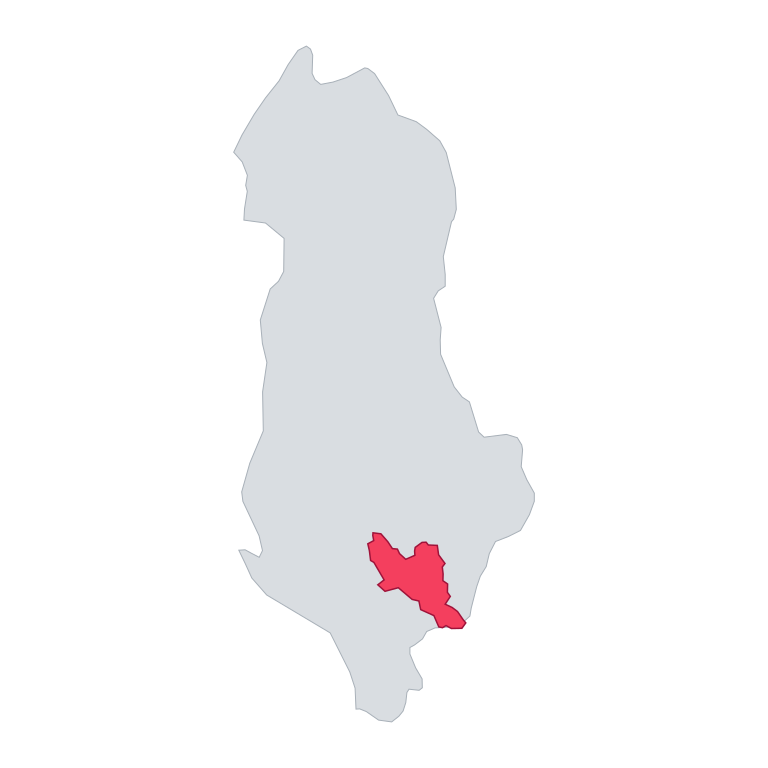 Përmet, Gjirokastër, Albania (highlighted)
{"feature_id": "67620474B23103740146981", "entity_name": "Përmet", "entity_type": "district", "adm_level": 2, "iso_a3": "ALB", "parent_name": "Albania", "parent_adm1": "Gjirokastër", "projection": "equal_earth", "projection_center": [20.353, 40.273], "detail": "fine", "context": "in_parent", "style": "filled", "palette": "rose", "viewbox_px": 768, "rotation_deg": 0, "n_neighbors": 0, "source": "geoboundaries", "source_scale": "gbopen_adm2", "svg_char_len": 2098}
<svg xmlns="http://www.w3.org/2000/svg" viewBox="0 0 768 768"><path d="M243.9,220.1L244.5,209.0L247.3,191.3L245.7,185.4L247.4,175.3L242.2,161.9L233.7,152.2L242.0,135.0L254.2,114.3L265.5,97.9L279.1,80.8L288.2,64.5L298.0,50.4L306.4,46.1L310.5,49.1L312.7,55.2L312.1,73.4L315.0,79.7L320.7,84.4L332.9,82.1L346.5,77.6L364.7,67.9L367.8,68.5L374.6,73.6L388.6,95.6L397.9,115.0L416.3,121.7L426.6,129.3L439.8,140.8L446.2,152.4L455.2,187.9L456.3,209.3L453.7,219.1L451.5,221.7L443.3,256.6L445.2,274.5L445.2,286.2L438.2,290.9L433.6,298.3L441.1,327.5L440.2,340.0L440.6,354.3L454.2,386.9L462.2,397.1L469.4,401.9L478.6,432.0L484.1,437.2L506.4,434.4L517.3,437.7L521.7,444.9L522.6,449.8L521.2,466.7L526.8,479.7L534.3,493.1L534.3,501.3L529.4,514.7L520.5,530.4L508.6,536.4L495.5,541.5L489.3,553.6L486.2,566.6L480.3,576.2L476.7,586.7L471.2,608.2L469.9,616.1L461.1,624.0L447.3,627.2L435.0,627.9L426.7,631.5L422.5,638.9L414.6,644.9L409.9,647.5L409.9,654.0L415.6,667.8L422.1,678.9L422.3,687.8L419.1,690.3L409.0,689.2L406.9,692.5L405.8,702.5L403.1,711.0L398.9,716.2L391.7,721.9L378.6,720.1L366.2,711.5L359.7,708.9L356.0,709.1L355.1,688.2L349.8,672.0L330.2,632.9L266.7,595.0L251.8,578.0L245.3,563.7L238.8,550.2L245.1,549.8L251.3,553.2L259.2,557.3L262.5,550.6L259.1,535.8L242.9,501.4L241.7,491.9L249.8,463.2L263.3,430.9L262.6,391.9L266.9,362.5L262.4,343.4L260.3,320.0L270.2,289.0L278.5,281.3L283.7,271.5L284.1,238.4L265.5,223.0L243.9,220.1Z" fill="#d9dde1" stroke="#a8b0b8" stroke-width="1"/><path d="M372.8,535.5L373.7,540.6L367.8,543.8L369.4,550.8L370.6,560.5L373.9,562.4L384.1,579.9L377.8,584.8L385.0,591.3L398.3,587.7L412.1,599.4L418.9,601.0L420.7,609.6L433.9,615.6L438.8,626.9L442.5,627.7L446.0,625.6L451.4,628.5L461.9,628.3L465.8,622.9L463.3,619.9L457.5,611.5L452.2,607.5L445.2,604.2L450.3,596.4L447.4,592.3L447.6,584.0L442.9,580.7L443.1,574.0L442.3,567.0L445.0,563.5L438.6,554.8L437.3,545.4L428.3,545.0L426.1,542.2L422.0,542.4L415.2,547.4L414.6,551.0L414.9,555.3L405.7,559.3L399.5,553.6L397.4,549.1L392.4,548.6L387.8,541.7L380.9,533.8L373.0,532.8L372.8,535.5Z" fill="#f43f5e" stroke="#9f1239" stroke-width="1.5"/></svg>